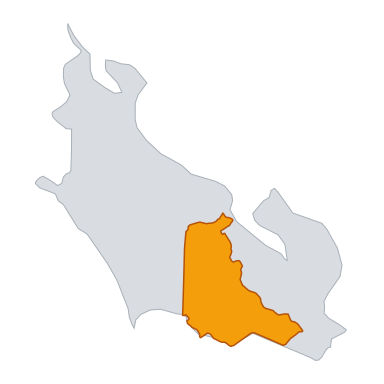 Alajuela on a map of Costa Rica (Robinson projection), rotated 181°
{"feature_id": "CRI-1333", "entity_name": "Alajuela", "entity_type": "Province", "adm_level": 1, "iso_a3": "CRI", "parent_name": "Costa Rica", "parent_adm1": "", "projection": "robinson", "projection_center": [-84.692, 10.447], "detail": "fine", "context": "in_parent", "style": "filled", "palette": "amber", "viewbox_px": 384, "rotation_deg": 181, "n_neighbors": 0, "source": "natural_earth", "source_scale": "10m", "svg_char_len": 4273}
<svg xmlns="http://www.w3.org/2000/svg" viewBox="0 0 384 384"><g transform="rotate(181 192 192)"><path d="M348.7,197.7L348.2,199.7L346.6,201.7L344.3,203.8L341.2,205.2L333.7,201.0L326.5,196.1L322.4,198.3L320.9,204.6L318.2,207.9L314.8,209.2L313.5,211.3L313.2,232.6L313.5,252.8L319.0,253.2L328.2,260.2L332.2,264.3L333.4,268.1L332.3,270.0L325.5,274.4L319.0,279.9L315.7,286.9L321.4,298.1L322.7,305.7L322.5,313.6L320.9,317.4L308.2,326.6L305.4,329.8L305.7,332.1L312.8,338.4L316.1,344.5L318.9,351.9L319.3,358.3L312.9,346.4L304.0,335.1L296.4,328.1L295.8,311.9L292.7,303.1L281.1,295.0L271.2,289.3L263.8,290.4L268.3,299.8L280.0,311.7L280.8,316.3L280.6,322.5L272.6,321.6L265.5,319.0L256.9,318.2L251.2,314.6L239.0,300.3L247.6,288.1L250.3,280.1L250.1,263.5L248.1,255.4L238.7,243.1L223.8,229.7L203.0,218.7L193.2,209.9L168.8,203.1L159.5,198.6L152.3,190.2L151.2,184.2L153.7,175.0L147.0,163.3L117.9,140.2L101.7,131.7L98.2,126.7L95.6,125.2L98.1,141.1L105.2,150.7L123.8,159.7L128.9,164.9L130.9,171.6L120.2,184.6L114.7,187.9L113.0,195.0L109.5,197.1L105.8,193.1L90.8,172.7L61.7,163.0L56.4,157.0L45.6,138.4L40.7,121.4L42.5,110.1L54.4,92.5L58.2,84.8L57.4,80.1L57.8,73.1L53.3,68.3L42.3,61.9L35.3,56.9L37.2,54.3L49.9,47.5L50.7,41.4L50.6,39.3L52.7,38.9L54.5,37.3L55.7,35.6L59.1,29.6L62.1,26.3L65.6,25.7L69.9,28.2L85.8,34.6L103.6,41.7L128.8,51.8L139.3,45.3L148.3,40.4L154.6,41.1L168.1,46.8L176.3,48.7L181.3,48.1L190.0,56.5L194.8,62.9L195.6,67.1L198.2,69.4L205.0,69.9L221.5,74.2L231.7,73.3L240.9,68.8L245.9,63.3L247.5,54.8L249.8,59.0L252.5,65.7L253.8,74.2L265.7,102.9L275.2,118.9L296.1,148.1L305.1,153.5L320.3,177.0L325.6,180.9L328.6,187.8L344.4,193.5L348.7,197.7Z" fill="#d9dde1" stroke="#a8b0b8" stroke-width="1"/><path d="M180.7,46.5L181.6,47.0L181.8,47.8L181.8,48.9L181.9,50.2L182.4,51.0L183.6,52.8L183.9,53.5L184.9,54.5L189.2,56.4L190.2,57.2L191.0,58.2L192.8,59.2L194.4,60.8L194.8,63.3L193.5,64.1L193.1,64.4L192.7,65.2L192.9,65.8L193.3,66.3L193.5,66.6L195.5,68.5L196.0,69.2L197.1,68.4L198.5,68.4L199.2,68.5L199.2,68.9L198.9,91.7L198.7,108.8L198.6,121.0L198.5,135.7L197.4,151.8L197.4,152.1L195.6,154.2L195.2,155.0L195.1,155.3L195.1,155.6L195.1,156.2L195.3,157.1L193.9,158.8L191.3,159.8L185.0,161.7L183.4,162.0L182.9,161.8L181.7,161.7L181.3,161.5L180.9,161.4L179.1,161.1L177.3,160.5L175.0,161.0L170.8,161.4L167.9,162.8L167.2,163.3L167.1,163.5L166.9,163.7L165.9,165.0L164.2,165.9L163.6,166.4L163.4,166.8L163.4,167.1L163.3,167.4L161.6,169.8L161.4,170.2L161.3,171.0L161.2,171.2L160.5,171.3L158.5,168.2L157.6,167.5L156.5,167.2L155.3,167.1L153.7,166.7L151.8,165.8L151.1,165.3L150.8,164.9L150.9,164.3L150.9,163.7L151.0,163.4L151.1,163.2L151.3,163.0L151.9,162.7L153.7,159.6L154.4,158.8L155.4,158.5L160.1,155.1L161.5,154.4L162.0,154.1L162.3,153.8L162.4,153.6L162.5,152.8L161.3,150.6L160.6,150.2L160.4,150.4L159.6,151.0L158.9,151.2L158.6,151.2L158.4,151.1L158.2,150.7L158.1,150.4L157.5,149.4L156.0,147.3L155.2,145.9L153.7,143.8L153.1,142.8L152.1,140.4L151.7,138.7L152.0,136.0L152.0,135.6L151.9,135.0L151.4,134.0L151.3,133.5L151.3,133.1L151.9,130.8L152.1,130.0L153.1,127.9L153.2,127.4L153.2,127.0L153.0,126.8L152.5,126.3L152.1,125.7L151.6,124.1L149.9,122.8L149.2,122.7L148.9,122.8L148.7,122.9L148.1,123.3L146.8,123.8L145.1,124.1L144.3,124.2L143.8,124.1L143.1,123.7L142.4,122.7L140.3,118.9L141.8,115.7L141.9,114.7L141.7,114.2L141.3,113.3L141.0,111.3L142.4,105.4L140.4,100.8L139.7,99.6L134.3,95.0L132.6,94.0L127.5,92.5L126.2,91.9L125.2,90.7L122.7,88.2L122.4,87.8L121.8,86.9L121.6,86.1L121.1,83.2L120.1,81.1L118.7,78.7L118.1,78.0L117.6,77.6L116.3,77.0L115.2,76.6L110.3,75.3L108.8,74.8L108.2,74.3L107.5,73.5L104.8,71.4L104.0,71.0L103.5,70.7L102.9,70.7L102.3,70.7L101.1,70.9L99.1,71.4L96.6,71.7L93.8,71.6L91.5,66.4L90.7,65.0L90.3,64.7L90.1,64.6L89.8,64.4L89.6,64.3L87.5,64.0L86.9,63.8L84.6,62.3L83.6,61.4L79.3,55.9L79.2,55.7L79.0,55.2L79.0,54.7L79.4,54.3L82.6,54.0L83.4,53.6L83.7,53.1L83.9,52.6L91.2,47.0L95.7,41.3L96.1,41.1L96.3,41.0L96.7,40.9L97.2,40.7L97.9,40.5L98.2,40.3L111.6,45.9L126.7,52.1L128.9,52.4L131.1,51.5L140.7,44.4L147.7,39.2L150.6,38.4L152.3,39.3L155.8,42.1L157.5,42.4L159.5,42.3L161.6,43.0L166.3,45.4L166.8,45.5L167.3,45.7L167.8,46.0L168.1,46.3L170.3,49.3L171.1,50.1L171.9,50.6L172.9,51.0L173.9,51.2L174.8,50.7L179.9,47.1L180.7,46.5Z" fill="#f59e0b" stroke="#b45309" stroke-width="1.5"/></g></svg>